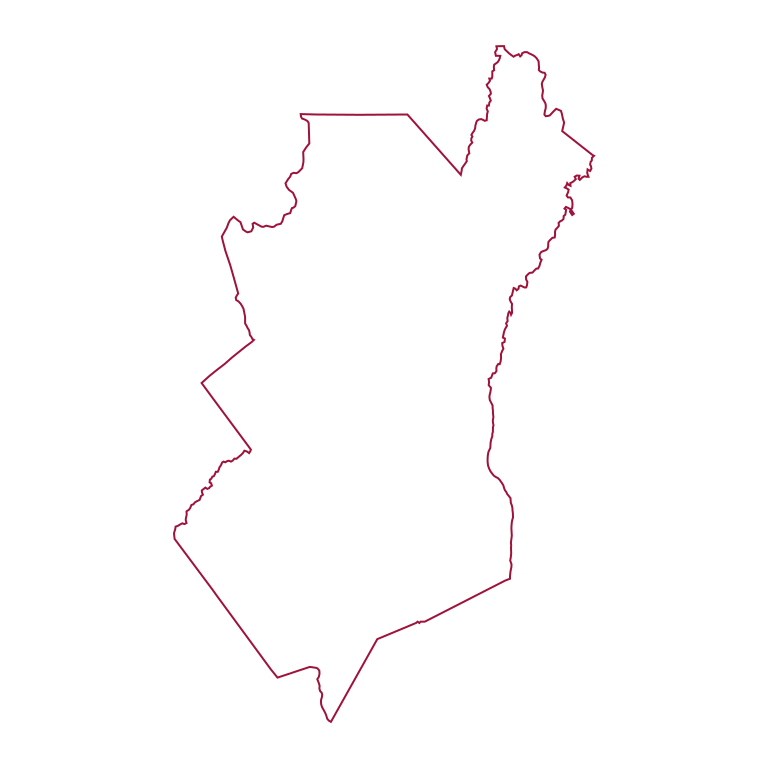 outline of Barra do Corda, Maranhão, Brazil
{"feature_id": "56859067B55927222029578", "entity_name": "Barra do Corda", "entity_type": "district", "adm_level": 2, "iso_a3": "BRA", "parent_name": "Brazil", "parent_adm1": "Maranhão", "projection": "equal_earth", "projection_center": [-45.09, -5.51], "detail": "fine", "context": "isolated", "style": "outline", "palette": "rose", "viewbox_px": 768, "rotation_deg": 0, "n_neighbors": 0, "source": "geoboundaries", "source_scale": "gbopen_adm2", "svg_char_len": 6067}
<svg xmlns="http://www.w3.org/2000/svg" viewBox="0 0 768 768"><path d="M570.9,209.5L572.2,207.9L572.5,204.7L572.4,202.4L572.0,200.1L570.4,197.5L567.9,197.4L566.6,195.5L568.1,192.2L568.6,189.6L566.7,188.3L564.8,187.5L566.4,185.5L567.2,183.1L568.6,184.9L570.5,185.8L570.3,183.1L572.1,182.3L573.9,181.0L575.8,179.1L574.7,176.7L576.9,175.5L579.5,175.7L578.6,178.7L579.8,179.9L582.4,177.3L584.5,176.3L586.7,176.8L588.5,176.8L587.7,174.6L587.2,172.8L587.6,169.4L590.1,171.0L591.4,168.7L591.0,166.2L590.1,164.7L590.6,161.9L591.8,160.5L591.9,157.8L594.0,155.8L592.5,155.0L562.2,131.1L564.1,122.7L563.4,120.3L562.8,118.5L562.3,115.8L561.8,113.6L561.0,110.9L556.2,108.8L553.5,111.4L549.8,115.4L548.1,115.9L545.7,116.2L544.4,114.5L544.9,111.2L545.7,108.3L545.8,105.3L545.3,103.1L542.5,98.3L542.2,95.6L542.7,92.8L543.0,90.5L542.2,86.7L541.8,84.0L542.4,81.8L545.0,77.2L545.6,74.7L544.6,72.8L542.3,72.5L540.1,71.4L538.8,70.0L539.1,67.6L538.8,65.0L538.6,61.4L536.7,58.3L534.9,56.5L533.3,55.4L531.2,54.3L529.1,53.4L527.3,52.2L524.6,52.1L522.2,53.2L521.5,55.3L520.2,56.4L518.7,54.2L517.3,54.9L514.9,55.8L513.6,56.7L510.5,54.5L509.0,53.3L504.7,49.2L504.0,46.1L498.6,46.2L496.4,46.3L497.0,49.1L495.1,52.2L495.9,55.8L498.2,55.8L500.3,55.9L499.8,58.0L499.1,59.9L497.9,61.9L496.2,63.3L494.2,64.6L493.8,66.9L494.1,70.3L492.3,71.3L492.3,76.7L491.7,78.6L489.3,78.6L490.0,80.7L488.5,83.0L486.7,84.7L487.8,87.3L489.5,89.0L490.6,91.7L490.9,93.7L488.9,96.0L489.9,98.1L490.8,100.7L489.4,102.4L488.9,105.6L487.2,105.5L486.6,108.7L487.8,111.3L487.1,114.1L486.7,120.3L484.6,120.8L483.3,120.0L481.2,119.1L478.8,119.5L477.0,120.8L476.2,122.6L475.4,125.6L475.1,128.4L474.0,131.0L472.7,132.7L471.4,134.9L472.4,136.6L471.4,138.2L471.2,140.5L472.3,142.6L470.3,144.6L468.8,146.9L468.6,149.5L469.3,153.3L467.3,155.4L466.5,159.2L466.8,161.2L465.1,163.7L463.3,166.2L461.9,168.3L461.7,170.4L460.8,174.8L407.4,114.5L359.4,114.8L316.6,114.5L300.7,114.1L301.0,116.6L302.0,118.5L304.7,119.5L306.2,120.3L307.7,121.3L308.7,123.1L309.3,143.5L306.1,147.5L303.2,152.0L303.5,159.1L303.4,162.2L302.2,168.2L298.2,172.3L296.2,173.2L293.7,172.8L291.2,173.9L290.2,176.6L288.1,179.2L285.5,183.3L286.6,186.7L289.0,189.9L293.0,192.8L295.8,199.0L296.4,201.1L295.3,206.1L293.6,207.6L291.9,208.1L291.2,209.9L290.2,213.1L287.4,213.9L284.2,215.2L282.3,221.3L280.8,223.8L276.7,224.7L273.8,226.8L271.9,227.0L266.1,225.7L263.5,226.8L261.6,226.7L254.2,222.7L252.6,223.8L253.2,227.5L251.3,231.3L247.6,232.3L246.0,231.6L243.0,229.5L241.9,226.4L241.3,224.5L240.4,222.1L238.7,221.0L233.6,216.8L230.0,220.2L228.4,223.3L226.8,227.7L221.8,236.6L222.7,240.5L225.4,250.9L230.3,265.4L233.7,277.3L238.2,293.5L237.0,295.2L235.7,297.7L236.2,300.0L238.6,301.5L240.7,303.8L242.2,306.2L243.5,308.8L244.0,311.3L244.6,314.3L245.1,316.9L245.1,323.4L246.8,326.3L247.7,328.2L249.1,330.4L249.6,332.8L249.9,335.1L251.3,336.8L252.4,339.0L253.9,339.9L251.6,342.1L245.5,346.6L232.1,357.4L224.5,364.1L216.3,370.4L209.6,375.8L201.6,383.0L213.2,398.8L250.9,449.6L250.2,451.4L249.1,453.1L247.0,451.5L244.4,450.7L243.1,452.8L241.4,454.6L236.4,458.8L234.4,458.6L232.7,460.6L231.0,461.6L228.9,460.7L227.2,461.1L225.2,462.3L223.7,461.6L222.1,462.5L221.0,465.2L219.5,467.3L218.7,469.8L217.8,471.8L215.8,471.8L215.0,474.0L213.8,476.2L212.4,476.6L211.3,478.7L209.9,479.6L209.6,482.4L211.1,483.2L211.9,485.6L210.1,486.8L209.0,488.2L207.3,488.9L205.3,487.6L203.5,489.1L201.8,490.4L202.0,492.5L202.9,494.7L201.0,496.1L199.6,499.9L196.7,501.3L194.9,502.4L193.4,504.3L191.4,505.0L190.3,507.8L189.0,509.7L186.5,511.4L186.7,514.9L186.0,517.6L185.7,519.9L186.5,523.1L184.3,524.1L182.4,523.3L180.1,524.5L177.8,525.9L175.6,526.6L175.2,529.3L174.5,531.4L174.0,533.5L174.6,538.9L212.6,589.8L216.5,595.3L270.8,669.3L277.5,677.6L309.8,666.9L316.0,667.8L317.5,668.4L319.3,670.6L319.5,673.7L318.9,676.7L317.3,679.2L318.5,682.2L319.6,685.6L319.4,688.7L320.2,691.2L321.6,692.6L322.2,694.5L322.0,696.6L321.0,700.3L321.1,704.0L322.0,707.0L324.0,710.6L325.2,712.9L326.2,715.3L327.2,718.7L328.8,720.6L330.9,721.9L377.3,639.1L416.2,622.9L417.6,621.7L419.4,623.0L420.5,621.7L424.7,621.7L505.1,580.6L510.0,578.7L510.0,576.1L510.4,572.3L510.8,569.9L511.4,567.0L511.5,564.3L510.2,560.5L510.8,557.2L511.2,553.5L511.0,548.0L511.2,545.3L510.9,543.0L511.8,535.6L511.6,532.2L511.4,528.3L511.5,525.9L511.8,522.3L512.2,520.1L513.0,517.5L512.9,513.6L512.5,510.1L512.4,508.0L511.8,505.3L510.8,502.7L510.5,498.2L508.6,495.7L507.3,494.2L506.2,491.9L504.9,490.2L504.0,487.8L503.3,485.2L501.2,482.0L499.6,479.8L497.8,478.0L495.8,477.0L493.9,475.7L492.0,473.4L490.4,471.2L489.0,468.3L488.0,465.3L487.6,461.8L487.6,458.8L487.8,455.6L488.4,452.0L490.3,447.9L490.6,442.6L491.3,439.1L492.3,436.2L492.3,433.9L492.9,431.9L492.9,429.5L493.0,427.2L493.5,425.2L493.0,422.9L492.8,420.6L493.4,417.2L493.0,413.4L492.9,410.3L492.6,407.9L492.6,405.7L491.8,403.9L489.8,400.1L489.4,396.9L489.8,394.2L490.4,392.0L491.0,388.0L488.7,385.1L489.1,382.0L488.6,379.0L491.2,377.7L492.8,373.4L494.8,373.3L496.5,371.0L496.3,368.8L496.6,366.5L498.2,364.0L499.7,364.2L500.6,361.5L501.1,357.7L500.9,354.2L502.2,350.9L503.4,348.7L502.4,345.6L502.2,343.1L504.6,341.9L504.9,338.5L502.9,337.6L503.3,335.4L503.9,332.5L504.5,330.4L505.4,328.4L507.0,325.8L506.1,323.3L507.6,321.1L507.3,317.8L508.0,315.3L508.3,313.3L509.2,311.6L510.5,312.8L511.1,314.7L512.1,312.8L511.8,307.3L512.0,303.8L510.6,301.5L509.7,299.2L510.2,297.1L511.9,295.5L513.7,288.0L515.4,288.7L516.7,290.3L518.5,288.8L518.9,286.4L520.6,285.6L522.3,286.4L524.5,287.5L526.2,287.4L527.0,285.2L527.4,281.9L526.1,279.4L526.0,276.4L528.0,274.3L529.6,272.9L532.5,272.6L534.7,270.1L536.4,268.6L538.1,268.5L539.5,265.9L540.3,262.7L541.6,259.8L540.0,258.4L539.5,254.6L541.0,252.2L542.4,251.4L546.0,250.1L547.6,248.7L548.2,246.3L548.2,243.8L548.5,241.8L550.2,239.9L552.4,237.8L554.7,237.5L555.1,234.7L555.0,231.8L555.6,229.5L557.5,227.6L558.9,225.8L558.6,222.9L560.3,221.2L561.8,220.6L563.5,219.0L563.7,216.0L565.3,214.7L566.1,209.8L564.5,208.6L565.9,206.9L567.9,207.8L570.9,209.5ZM570.9,209.5L569.9,211.6L572.2,215.0L573.8,213.8L570.9,209.5Z" fill="none" stroke="#9f1239" stroke-width="2"/></svg>